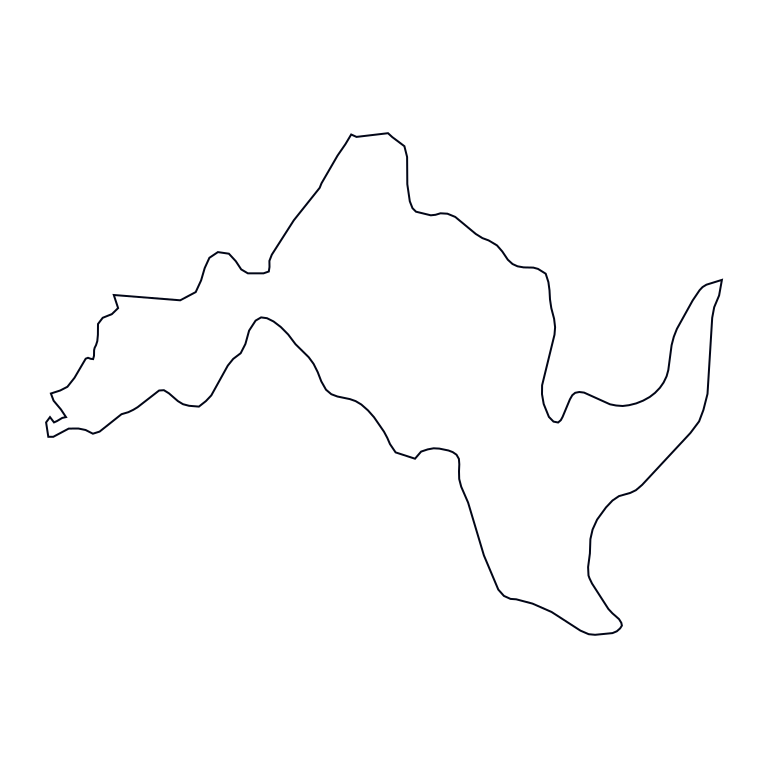 SVG path tracing the border of Leribe
{"feature_id": "LSO-1212", "entity_name": "Leribe", "entity_type": "District", "adm_level": 1, "iso_a3": "LSO", "parent_name": "Lesotho", "parent_adm1": "", "projection": "equal_earth", "projection_center": [28.234, -29.023], "detail": "fine", "context": "isolated", "style": "outline", "palette": "ink", "viewbox_px": 768, "rotation_deg": 0, "n_neighbors": 0, "source": "natural_earth", "source_scale": "10m", "svg_char_len": 2689}
<svg xmlns="http://www.w3.org/2000/svg" viewBox="0 0 768 768"><path d="M356.5,136.9L388.0,133.2L392.4,137.2L404.4,146.2L407.1,157.0L407.3,184.2L409.8,201.3L412.5,208.2L416.0,211.7L430.8,215.3L435.5,214.8L440.5,213.3L447.4,213.7L455.2,216.9L475.7,233.9L482.4,238.1L488.6,240.4L497.0,245.4L502.3,251.5L507.8,259.7L512.5,264.0L517.5,266.3L523.7,267.4L533.3,267.6L538.0,268.9L545.7,273.7L548.4,282.1L549.5,290.3L550.0,299.4L551.3,308.1L554.1,318.8L555.1,327.2L554.5,334.7L542.1,385.3L542.0,394.2L543.7,404.0L548.9,416.9L553.5,421.6L558.1,422.5L560.8,420.2L562.6,416.9L569.9,399.4L572.3,395.2L575.2,392.8L579.3,392.0L584.1,392.6L610.0,404.3L616.1,405.5L622.7,406.0L629.0,405.2L636.2,403.4L643.2,400.6L649.7,397.0L655.0,392.9L659.9,387.8L663.6,382.5L666.6,376.3L668.3,370.1L671.6,345.2L673.8,336.8L676.9,328.9L692.7,300.4L699.6,290.2L702.5,287.1L706.4,284.7L721.9,279.9L719.1,295.5L714.2,307.2L712.2,317.8L707.5,393.9L703.4,410.0L699.1,421.4L690.4,433.0L642.1,484.9L635.9,490.2L630.3,492.9L619.0,496.1L612.5,500.5L606.0,507.4L597.1,519.6L592.6,529.5L590.4,539.1L589.9,553.5L588.1,567.1L588.5,575.5L589.5,578.3L592.0,583.5L608.4,609.0L612.4,613.3L619.0,619.1L621.3,622.8L621.9,625.6L620.1,628.4L616.8,631.3L612.5,633.1L595.1,634.8L588.7,634.2L580.4,630.6L551.6,612.0L532.5,603.6L516.2,599.3L510.5,598.9L503.9,595.9L498.3,589.6L483.9,555.4L468.1,502.6L461.2,486.7L459.2,479.0L459.0,471.3L459.3,464.3L458.9,458.9L456.5,454.7L452.7,452.1L448.5,450.5L439.3,448.6L433.6,448.3L427.7,449.4L421.1,451.6L415.0,458.7L395.6,452.4L390.0,444.1L387.3,437.9L384.0,431.7L374.0,417.2L368.0,410.4L361.3,404.5L355.6,401.1L349.9,399.1L337.4,396.5L331.3,394.2L326.0,389.7L321.3,381.4L317.7,372.1L313.6,363.9L308.7,357.2L295.5,344.2L288.2,334.5L280.9,327.1L273.6,321.5L267.0,318.2L261.1,317.4L255.6,320.6L249.1,330.6L245.4,344.0L240.7,353.2L233.2,358.9L227.8,365.6L211.3,395.4L205.9,401.1L198.9,406.6L189.1,405.8L183.0,404.2L177.9,401.1L168.9,393.3L163.9,390.2L159.1,390.5L137.6,407.2L133.3,409.8L128.3,412.2L121.5,414.2L99.6,431.6L92.9,433.7L85.6,430.0L78.3,428.5L68.7,428.6L53.3,436.8L48.3,436.8L46.1,422.4L50.0,417.1L54.0,422.4L56.9,421.1L62.3,417.9L66.0,417.1L60.9,409.4L53.6,400.7L50.9,393.5L60.2,390.5L67.4,386.8L74.5,377.8L85.7,358.7L88.0,357.8L90.7,358.8L93.1,359.1L94.0,355.8L94.1,350.1L94.7,347.7L96.0,345.2L97.3,341.1L97.9,334.8L98.0,324.0L102.7,317.8L111.9,314.1L118.1,308.1L113.8,295.0L180.2,300.3L195.7,292.1L201.1,280.4L204.7,268.1L209.4,257.8L217.9,252.1L228.9,253.7L235.8,261.2L241.2,269.4L247.8,273.3L263.6,273.3L268.8,271.5L269.5,267.0L269.4,260.9L271.8,254.7L293.8,220.3L319.7,187.8L321.5,183.3L337.6,155.5L345.4,144.2L351.2,134.5L356.5,136.9Z" fill="none" stroke="#020617" stroke-width="2"/></svg>